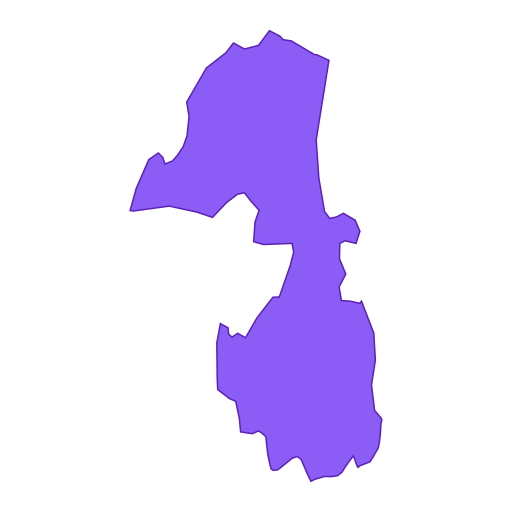 outline of An Nuhud, North Kordufan, Sudan
{"feature_id": "16777658B62353241688309", "entity_name": "An Nuhud", "entity_type": "district", "adm_level": 2, "iso_a3": "SDN", "parent_name": "Sudan", "parent_adm1": "North Kordufan", "projection": "equal_earth", "projection_center": [28.354, 13.164], "detail": "fine", "context": "isolated", "style": "filled", "palette": "violet", "viewbox_px": 512, "rotation_deg": 0, "n_neighbors": 0, "source": "geoboundaries", "source_scale": "gbopen_adm2", "svg_char_len": 1928}
<svg xmlns="http://www.w3.org/2000/svg" viewBox="0 0 512 512"><path d="M374.3,342.4L373.8,333.2L361.5,301.1L359.9,303.3L349.7,301.1L341.4,300.6L339.1,286.9L345.8,274.1L339.5,258.8L339.8,243.4L345.0,240.8L356.0,243.4L359.9,231.3L355.2,220.2L343.4,213.3L336.3,217.0L329.7,218.4L324.5,211.4L318.8,177.7L316.2,139.9L319.8,117.3L322.8,98.7L328.8,61.1L329.0,60.4L328.8,60.3L323.1,57.6L319.3,55.9L316.7,54.7L314.6,54.7L309.2,51.5L308.8,51.3L297.6,44.6L297.0,44.3L296.9,44.3L291.2,40.8L290.7,40.8L283.2,39.7L281.2,37.6L279.8,36.1L269.4,30.7L265.4,36.1L263.4,38.8L258.5,45.4L244.5,49.0L244.4,49.0L233.5,43.0L233.2,43.3L226.0,52.7L206.4,68.0L186.7,102.1L189.1,116.5L187.0,135.8L183.2,146.7L177.0,155.9L172.5,160.9L165.0,164.0L162.7,157.3L158.3,153.0L148.8,159.6L136.2,188.5L130.1,210.6L133.5,211.0L169.0,206.1L196.5,212.0L212.5,217.4L226.5,202.6L237.4,194.3L244.4,192.8L251.0,201.2L259.1,210.3L255.0,222.1L253.7,241.7L263.4,244.5L292.0,243.4L293.7,252.1L290.2,265.6L279.3,297.0L273.0,297.2L257.0,317.8L245.5,337.7L237.7,333.3L232.0,337.1L228.6,334.0L228.1,327.9L220.4,323.6L216.8,342.8L217.2,378.5L217.7,389.6L226.2,396.1L229.3,398.5L235.7,401.3L239.4,418.9L240.0,425.5L240.6,431.9L247.0,432.9L252.4,433.7L258.0,431.1L259.7,431.7L261.2,432.5L264.6,435.5L265.4,436.2L265.9,437.2L266.6,444.3L267.8,454.5L269.9,464.5L271.2,469.1L273.4,470.4L277.8,469.8L278.2,469.5L281.1,467.2L286.6,462.8L291.8,458.5L292.0,458.4L294.0,457.6L296.0,456.9L297.8,456.8L301.1,459.4L307.0,473.1L310.9,481.3L315.1,479.2L324.4,476.5L331.7,476.6L337.6,475.7L338.0,475.4L342.1,472.1L345.4,466.7L348.8,461.9L353.4,455.8L353.5,456.0L357.0,465.9L358.1,467.4L358.3,467.2L358.5,467.0L359.8,465.8L364.7,463.9L369.8,461.9L372.2,458.3L372.9,457.3L378.3,447.9L378.4,447.1L379.5,441.4L380.0,437.0L380.3,434.6L381.0,423.0L381.9,420.1L381.8,419.9L381.0,417.9L379.7,416.4L374.6,410.4L371.5,385.0L375.4,360.2L374.3,342.4Z" fill="#8b5cf6" stroke="#5b21b6" stroke-width="1.5"/></svg>